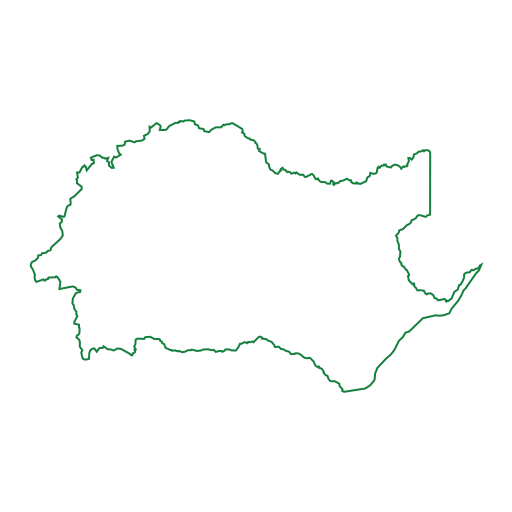 the district of Santa Maria das Barreiras, Pará, Brazil
{"feature_id": "56859067B47432840261489", "entity_name": "Santa Maria das Barreiras", "entity_type": "district", "adm_level": 2, "iso_a3": "BRA", "parent_name": "Brazil", "parent_adm1": "Pará", "projection": "mercator", "projection_center": [-50.26, -8.642], "detail": "fine", "context": "isolated", "style": "outline", "palette": "green", "viewbox_px": 512, "rotation_deg": 0, "n_neighbors": 0, "source": "geoboundaries", "source_scale": "gbopen_adm2", "svg_char_len": 6022}
<svg xmlns="http://www.w3.org/2000/svg" viewBox="0 0 512 512"><path d="M381.9,165.5L380.3,166.6L380.1,167.5L379.1,167.8L378.5,166.9L377.6,167.8L376.7,172.6L375.8,173.4L374.1,173.9L370.3,173.0L369.8,176.0L367.4,177.4L366.2,181.2L360.5,183.9L357.7,183.5L357.5,182.7L356.6,182.5L356.5,183.5L353.0,183.3L351.4,182.2L351.2,180.4L349.3,180.3L346.8,178.7L343.4,180.5L340.1,181.1L338.7,182.8L337.7,182.7L336.8,183.4L335.8,183.1L333.7,184.9L333.2,184.2L333.7,182.3L331.9,180.6L330.9,180.9L330.1,183.7L327.4,183.7L325.0,182.1L321.1,182.0L319.4,180.9L317.9,178.5L317.3,179.2L315.5,178.9L313.5,175.2L311.9,173.9L305.7,177.1L304.8,176.8L303.0,174.6L300.9,175.0L298.4,174.1L296.5,172.4L295.7,172.6L295.3,173.4L293.6,172.7L292.0,173.6L291.1,173.5L289.9,172.0L288.0,171.7L287.2,172.1L285.1,169.8L283.3,169.5L282.6,167.8L280.9,168.9L280.4,169.8L280.9,170.6L279.0,172.0L278.1,173.8L275.5,173.3L272.3,170.3L270.3,169.5L269.0,166.3L269.0,164.5L266.1,162.2L265.0,153.7L263.1,153.4L259.0,150.9L259.7,149.1L257.8,148.6L257.4,145.4L256.7,143.8L255.3,142.8L255.4,141.9L253.4,140.2L250.3,139.6L249.9,138.7L247.9,138.2L245.3,136.5L244.6,135.8L244.3,133.6L242.0,132.5L242.8,130.8L242.0,128.8L232.6,123.2L230.2,123.6L229.4,124.2L225.6,124.5L224.1,125.3L223.3,124.8L221.1,127.3L215.8,127.3L211.7,129.5L209.0,132.2L204.1,131.0L203.7,129.3L202.9,128.9L199.1,128.3L198.0,125.4L194.9,124.3L194.3,121.5L189.7,120.2L184.6,120.6L183.0,121.6L180.5,120.9L179.6,122.0L178.8,121.7L178.1,122.9L175.5,122.8L169.0,126.2L166.6,129.4L165.0,130.0L159.8,130.0L160.7,126.3L159.4,124.7L156.5,123.1L151.1,127.5L149.6,126.7L149.7,131.4L147.8,134.0L144.0,135.7L144.5,138.9L141.6,140.7L136.2,141.2L134.6,142.3L129.4,140.6L125.1,141.7L124.7,144.6L122.2,145.7L117.3,145.9L117.5,149.1L119.0,153.1L120.7,154.7L116.0,157.5L114.1,156.6L111.4,162.0L113.7,167.7L111.6,167.9L108.9,165.4L109.0,162.4L107.1,161.0L108.2,157.8L105.4,158.7L103.8,157.6L102.6,157.9L99.8,155.6L96.7,155.2L90.9,157.7L91.6,160.0L93.7,159.8L93.8,163.2L92.1,163.7L86.7,170.4L86.0,167.1L84.5,165.4L83.6,166.7L82.4,166.9L79.5,172.4L77.0,172.5L77.9,177.6L76.4,179.3L77.0,180.4L77.0,183.3L81.6,186.6L81.7,189.0L74.4,196.2L70.3,198.8L70.7,203.9L70.4,204.8L68.7,205.4L66.9,207.0L64.5,216.2L63.8,216.9L59.1,215.6L58.2,216.4L61.9,219.4L61.9,221.7L59.8,223.5L60.3,227.5L62.3,231.0L62.8,235.4L60.6,238.8L51.4,247.2L50.4,250.3L47.6,251.0L46.2,252.7L42.1,253.3L41.0,255.1L38.2,255.4L38.1,257.6L35.5,260.4L32.0,262.0L30.9,264.1L30.7,266.0L33.1,270.0L34.9,274.9L34.5,277.1L35.2,280.2L36.4,281.9L43.4,279.4L44.4,280.6L45.4,280.5L45.9,279.5L48.0,279.0L48.3,277.9L49.0,277.5L55.6,277.3L56.2,276.4L57.9,277.6L60.4,281.9L59.4,289.0L72.8,286.4L75.6,287.6L76.9,289.8L80.4,290.2L80.2,291.9L76.3,292.9L75.4,293.9L72.9,298.4L72.4,303.5L73.6,305.0L74.5,309.3L76.4,311.8L76.3,314.5L77.4,316.1L74.3,321.9L74.3,323.7L79.0,324.7L79.0,327.7L79.6,328.3L79.4,333.2L78.7,334.5L77.1,335.4L76.4,337.3L79.3,339.8L79.9,342.5L79.8,346.6L82.4,350.4L81.3,352.4L82.1,356.7L83.0,358.8L84.1,359.4L85.9,359.6L89.0,358.8L89.3,353.1L90.2,350.6L92.1,348.8L94.3,348.4L96.8,351.7L98.9,348.6L100.0,347.9L102.6,348.0L103.6,346.3L107.7,349.3L110.8,349.4L113.7,350.5L117.4,348.5L121.0,348.9L130.1,354.0L131.4,355.3L132.3,355.2L132.9,353.4L134.7,352.4L135.1,351.5L135.2,350.6L134.6,349.8L135.7,349.3L134.2,346.9L135.4,344.1L135.7,339.5L137.6,338.6L144.2,338.9L145.0,337.4L146.1,337.1L150.1,336.8L154.4,339.0L159.6,339.1L160.4,341.0L161.7,341.4L162.2,343.1L164.0,344.0L165.7,347.9L170.3,350.0L171.4,349.9L172.0,350.7L174.9,350.4L178.0,351.4L178.7,350.9L182.4,352.2L185.3,351.6L188.0,350.2L190.9,350.2L191.8,349.6L197.1,351.0L201.1,350.5L202.6,349.6L208.3,349.3L211.5,350.2L213.6,349.8L215.8,351.9L219.5,350.9L221.5,351.0L222.0,351.7L223.9,351.2L225.0,349.8L226.1,349.4L228.8,349.4L231.6,350.4L235.9,350.5L238.2,347.5L240.0,343.7L241.1,343.9L244.7,342.1L247.5,343.2L248.2,341.9L250.3,342.2L252.9,341.5L253.5,342.2L258.5,337.2L260.5,336.6L262.2,337.8L262.0,338.6L266.0,339.0L267.9,340.5L271.6,341.9L274.1,344.9L274.9,347.0L278.8,346.7L281.0,349.0L282.8,349.1L286.0,350.9L289.1,351.7L290.9,354.1L294.7,354.0L295.6,353.2L298.4,353.5L300.3,354.4L304.5,357.8L307.3,358.3L309.5,357.7L310.4,358.2L313.7,361.6L315.3,365.4L318.3,367.5L318.9,366.7L320.0,368.1L321.9,368.8L323.9,372.1L323.6,372.9L325.8,375.3L327.5,375.8L328.4,378.7L329.7,380.5L331.5,381.4L334.4,381.1L339.2,383.6L339.8,386.4L342.5,389.1L342.2,390.9L344.1,391.8L365.2,388.5L370.0,385.5L373.9,380.9L374.7,379.1L375.1,373.7L377.3,368.0L385.4,359.3L391.4,354.0L394.9,349.0L398.9,340.8L402.7,337.3L405.4,332.7L408.7,331.7L410.0,330.7L422.9,318.2L435.2,315.4L439.8,315.7L443.5,315.3L449.3,313.3L451.6,308.6L458.1,300.9L461.5,295.1L463.6,290.3L465.5,288.5L476.0,273.4L478.9,270.4L481.3,264.7L479.8,265.6L478.7,268.2L476.0,268.7L473.3,270.3L471.5,269.9L469.7,272.3L466.8,272.5L464.5,273.7L464.1,274.7L464.2,277.1L462.3,281.9L460.2,284.9L459.2,285.0L457.7,289.6L454.3,291.9L451.7,298.3L448.3,301.0L447.3,300.9L446.5,301.6L445.8,301.0L446.0,300.1L444.5,299.0L438.1,300.3L436.5,298.5L434.6,298.1L433.2,295.0L430.5,293.3L427.6,293.6L426.9,294.3L425.6,293.7L423.8,290.7L420.9,290.2L417.6,290.4L416.8,289.8L416.4,288.5L413.8,285.5L414.3,284.6L414.0,283.5L412.2,283.9L408.8,280.3L408.0,276.1L408.8,275.7L409.2,274.7L406.7,269.9L405.8,269.6L403.7,266.4L402.8,266.3L401.5,265.1L401.3,262.8L400.4,262.5L399.3,260.4L399.0,258.3L400.0,256.7L400.4,251.6L398.9,248.9L398.9,244.6L397.3,240.6L397.4,238.0L396.0,235.7L398.6,232.8L399.3,230.3L402.8,229.2L406.9,225.1L409.0,224.2L411.0,222.5L411.4,220.5L415.7,218.3L417.8,215.3L420.1,215.2L425.6,216.9L427.6,215.3L430.1,214.6L430.2,152.2L428.8,150.7L426.7,150.1L425.3,150.1L424.0,151.3L423.0,150.3L421.1,151.4L418.4,151.8L417.0,153.3L413.9,154.5L413.5,157.3L411.7,159.6L410.2,158.1L408.4,158.0L408.9,161.1L407.1,164.6L407.5,165.5L406.9,166.3L405.1,166.3L404.3,166.9L403.3,166.5L401.2,168.7L400.3,167.1L398.0,165.4L396.2,164.9L394.3,164.7L391.6,166.3L391.2,167.3L390.1,167.4L386.5,166.4L385.9,164.5L384.1,164.5L383.8,165.5L381.9,165.5Z" fill="none" stroke="#15803d" stroke-width="2"/></svg>